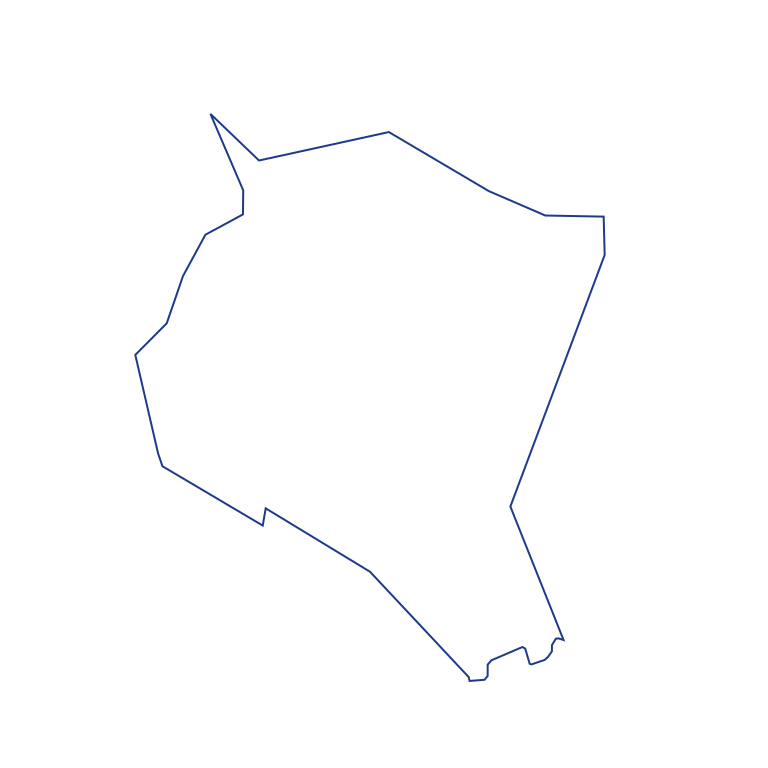 Franklin, Georgia, United States of America (Natural Earth projection), rotated 113°
{"feature_id": "52423323B34949297901423", "entity_name": "Franklin", "entity_type": "district", "adm_level": 2, "iso_a3": "USA", "parent_name": "United States of America", "parent_adm1": "Georgia", "projection": "natural_earth1", "projection_center": [-83.174, 34.38], "detail": "fine", "context": "isolated", "style": "outline", "palette": "blue", "viewbox_px": 768, "rotation_deg": 113, "n_neighbors": 0, "source": "geoboundaries", "source_scale": "gbopen_adm2", "svg_char_len": 622}
<svg xmlns="http://www.w3.org/2000/svg" viewBox="0 0 768 768"><g transform="rotate(113 384 384)"><path d="M203.2,649.3L260.8,589.2L283.0,580.1L316.3,606.7L363.2,611.2L413.0,607.7L454.4,624.3L536.1,564.9L546.3,555.8L561.7,440.3L544.7,444.3L562.3,323.5L620.7,191.5L623.9,189.2L617.0,175.9L612.3,174.5L601.8,178.9L596.4,177.2L572.0,153.8L572.4,150.6L584.6,140.6L584.5,138.7L575.2,128.3L571.2,126.4L564.6,125.0L564.2,125.1L558.7,127.4L551.4,126.3L550.0,124.2L549.5,118.7L447.4,219.8L179.0,231.3L144.1,247.2L165.9,301.4L165.5,362.8L150.2,478.0L227.1,586.4L203.2,649.3Z" fill="none" stroke="#1e3a8a" stroke-width="2"/></g></svg>